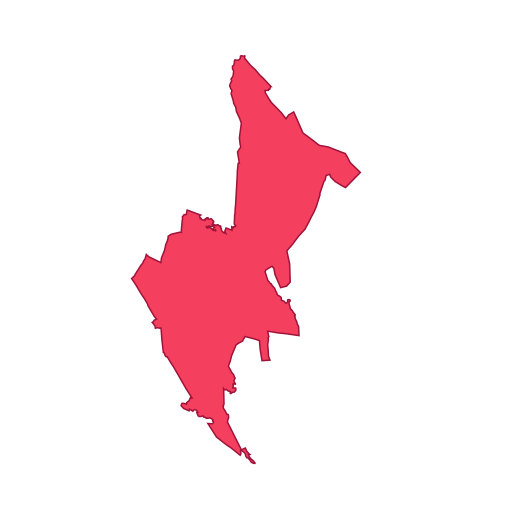 the district of Stoļerovas pag., Rezeknes, Latvia, rotated 66°
{"feature_id": "27541924B84772624476590", "entity_name": "Stoļerovas pag.", "entity_type": "district", "adm_level": 2, "iso_a3": "LVA", "parent_name": "Latvia", "parent_adm1": "Rezeknes", "projection": "equal_earth", "projection_center": [27.572, 56.418], "detail": "fine", "context": "isolated", "style": "filled", "palette": "rose", "viewbox_px": 512, "rotation_deg": 66, "n_neighbors": 0, "source": "geoboundaries", "source_scale": "gbopen_adm2", "svg_char_len": 6106}
<svg xmlns="http://www.w3.org/2000/svg" viewBox="0 0 512 512"><g transform="rotate(66 256 256)"><path d="M222.1,126.7L208.9,132.0L202.1,132.3L201.8,132.3L201.7,132.5L198.7,132.7L195.6,136.0L185.7,145.7L185.7,145.8L184.6,147.3L180.9,152.9L178.0,154.7L174.9,156.2L162.6,163.1L145.1,162.9L139.7,163.0L140.5,168.9L142.8,172.8L135.3,174.6L122.1,179.5L119.7,179.9L119.8,180.0L110.8,181.1L108.5,180.4L109.7,177.2L108.9,176.6L109.2,175.6L107.1,173.6L107.2,173.4L96.5,177.1L92.6,178.8L85.4,180.9L79.7,183.4L71.4,185.7L71.4,185.9L70.0,185.7L69.4,185.1L68.5,184.9L68.4,186.1L67.1,188.0L67.0,188.7L67.2,189.0L69.0,189.9L69.5,190.8L69.8,192.2L69.5,193.7L68.6,194.9L68.3,195.7L68.9,196.3L71.3,197.6L72.4,198.4L72.7,198.8L73.0,200.1L73.2,200.4L75.7,201.4L77.8,201.1L81.5,203.3L82.8,204.4L83.9,206.5L84.6,207.0L86.1,207.0L86.4,207.2L87.7,209.0L89.8,210.9L93.3,211.0L94.5,210.6L95.3,210.9L97.1,212.4L97.9,212.8L104.9,213.6L107.4,214.3L111.9,214.0L115.9,215.1L123.9,215.0L128.7,215.4L141.3,223.1L147.9,225.2L148.7,225.2L149.9,225.6L150.6,226.1L151.0,226.6L151.3,227.5L151.8,228.0L153.4,230.6L164.1,233.4L163.8,233.6L164.1,234.6L170.6,238.4L174.2,240.1L200.3,253.5L205.1,256.2L208.6,257.9L209.8,258.8L218.0,262.9L218.4,262.6L219.2,262.6L219.9,262.2L220.3,262.2L220.5,262.5L220.5,263.1L220.2,264.3L220.5,264.3L220.9,265.2L220.3,265.2L220.2,265.4L220.4,265.6L220.1,265.8L220.0,266.1L219.4,266.3L219.5,266.4L222.7,267.4L218.2,272.0L220.4,274.2L222.8,274.4L221.6,275.0L221.3,275.6L221.9,275.8L221.5,276.2L220.7,276.4L219.6,277.0L218.5,277.0L216.6,276.5L215.2,276.8L214.9,276.6L214.6,276.1L214.3,276.1L213.9,276.6L213.6,277.3L212.0,278.0L211.6,278.8L211.9,279.9L211.8,280.3L211.1,280.6L210.4,281.4L210.2,281.7L211.7,282.5L212.9,282.2L213.0,283.1L214.2,284.1L215.4,283.9L215.6,283.2L215.5,282.4L216.6,282.4L217.2,282.6L215.9,282.7L215.7,283.0L215.7,284.1L215.1,284.7L214.0,285.3L213.0,285.1L212.8,285.6L211.3,286.6L210.9,287.2L210.6,289.2L210.0,289.5L209.0,289.5L208.8,289.3L209.4,288.7L209.4,287.1L209.6,286.5L210.9,284.8L211.1,284.4L211.0,283.7L210.6,283.4L209.7,283.3L209.3,283.1L208.0,281.6L208.3,281.3L207.7,280.8L206.8,280.6L205.8,281.1L204.3,281.5L203.8,281.8L203.5,282.6L203.7,283.4L203.3,284.0L202.7,284.3L201.5,284.3L201.4,284.8L201.2,285.1L201.1,285.5L201.3,285.8L202.0,286.0L201.5,286.6L201.3,287.1L201.7,287.6L202.4,287.7L202.8,288.1L202.8,288.3L201.9,288.8L201.3,290.2L201.0,290.6L198.8,291.0L198.7,291.2L199.3,291.5L199.1,291.8L198.2,291.3L197.3,291.5L196.3,291.3L196.2,291.1L196.1,289.9L186.0,300.2L189.8,302.9L188.9,304.9L189.7,305.6L189.9,306.9L190.5,307.5L191.8,307.7L193.6,309.0L200.8,313.0L202.7,314.0L204.1,314.5L203.5,315.4L203.2,316.2L201.7,324.3L201.7,325.3L202.2,327.9L202.2,328.2L203.8,329.0L205.4,330.3L205.5,330.2L208.9,333.8L213.4,337.1L219.5,343.3L223.3,345.6L213.3,354.1L210.0,355.6L213.5,358.5L215.0,361.0L216.4,362.2L217.6,364.8L223.5,373.7L224.6,374.9L226.0,378.8L233.6,377.5L243.2,376.4L249.6,375.3L255.6,374.6L257.7,374.9L269.9,373.5L273.2,372.5L273.2,375.1L274.3,376.6L274.4,377.8L278.5,376.7L281.1,377.3L281.3,375.4L282.5,373.8L283.2,372.1L294.8,376.2L306.5,379.9L307.3,379.2L309.6,379.5L311.1,379.3L311.7,378.8L311.9,378.1L320.1,377.1L322.5,376.6L333.3,375.4L336.9,375.1L348.5,373.9L360.5,372.1L358.4,373.1L360.9,375.9L361.8,379.1L363.0,379.8L361.2,382.0L360.5,383.4L361.6,384.8L362.3,385.3L365.9,384.1L370.2,380.2L368.9,379.0L372.1,376.9L371.2,374.9L372.4,373.3L373.1,373.0L375.0,372.7L374.8,373.8L378.5,373.9L379.6,373.1L380.3,371.2L380.6,369.3L382.2,369.1L382.8,367.9L384.0,367.5L384.7,365.8L385.0,364.3L387.7,361.9L389.1,362.8L389.7,362.1L390.7,362.5L391.6,364.1L389.4,368.1L405.4,365.7L416.5,359.8L420.7,357.1L423.7,355.5L431.6,351.5L431.1,350.7L430.5,350.2L428.6,349.6L427.7,349.5L427.1,349.1L427.1,348.9L427.8,348.2L431.6,346.3L432.4,346.3L433.2,346.5L435.1,346.7L436.8,346.3L437.0,345.7L437.5,345.2L438.5,345.1L440.1,344.5L441.6,344.4L442.3,344.2L442.9,343.9L444.6,342.4L444.7,341.8L445.0,341.3L444.8,341.1L442.2,341.7L439.0,343.2L437.7,343.6L435.8,343.8L435.2,343.5L434.3,343.6L434.7,342.4L433.8,342.9L430.2,343.9L427.1,343.8L427.1,348.2L396.1,349.6L395.5,349.1L394.8,348.9L392.7,346.8L390.2,345.9L389.3,346.0L388.9,346.5L388.9,346.8L388.1,347.1L385.3,347.1L382.0,347.7L380.7,347.3L380.3,347.4L379.9,347.1L379.8,346.8L379.2,346.6L378.9,346.4L378.9,346.0L377.9,345.3L364.0,339.5L365.0,339.3L365.5,339.0L365.9,338.3L365.8,337.5L366.0,337.2L367.8,336.5L368.9,335.4L369.0,334.8L369.2,334.6L369.6,334.5L370.8,335.4L371.2,335.3L371.4,335.1L371.1,333.0L371.2,332.3L371.5,331.2L370.7,329.3L370.2,329.0L368.6,328.2L368.4,328.3L367.4,330.0L367.2,330.8L366.9,330.9L366.1,330.1L365.0,329.4L363.6,329.3L363.6,329.2L363.8,328.5L364.5,327.3L364.7,327.0L364.6,326.8L363.8,326.8L363.0,327.0L361.0,327.0L359.0,324.7L358.2,325.0L355.5,324.7L351.8,325.7L349.5,325.6L346.7,326.0L345.4,326.0L341.6,322.3L337.2,318.9L329.1,310.3L328.6,307.4L328.2,302.9L325.1,298.7L331.7,290.5L334.7,287.3L343.1,290.2L354.1,293.1L356.8,285.6L354.4,285.5L351.9,285.1L346.8,283.1L342.3,281.6L339.8,280.2L337.4,278.6L335.5,278.1L335.0,277.1L329.5,276.0L330.6,274.1L335.0,267.5L339.5,259.7L346.2,249.1L337.6,245.7L336.1,245.9L334.1,245.9L332.8,245.5L329.4,245.6L328.1,245.4L327.4,245.0L326.2,245.0L326.1,244.4L325.5,244.1L324.9,244.2L322.7,244.9L320.8,245.0L319.1,245.5L318.4,246.1L317.9,246.1L316.2,245.6L312.8,245.2L312.3,245.0L311.9,244.7L310.9,243.0L310.2,242.8L309.5,243.2L309.0,244.2L308.9,244.8L309.2,245.1L310.5,245.6L311.0,246.3L311.5,247.5L311.1,248.0L308.8,248.7L306.8,250.8L305.7,250.3L304.0,249.9L303.0,250.3L300.3,252.2L299.5,252.3L298.4,252.0L296.2,252.2L292.9,252.1L292.0,252.6L290.8,252.7L289.6,253.3L288.9,253.2L288.2,253.5L287.7,253.4L287.2,253.9L283.1,255.1L274.0,254.1L272.7,252.5L271.9,245.5L274.9,244.6L275.6,245.0L280.7,246.2L294.9,246.4L296.0,240.3L293.8,235.4L277.0,228.5L263.8,225.7L260.5,218.5L255.1,208.8L251.5,200.4L247.1,194.7L242.7,189.4L239.5,185.3L235.6,181.0L226.4,172.9L225.6,172.4L225.2,172.5L215.5,163.6L214.9,162.2L211.3,159.4L211.0,159.0L211.4,155.4L214.2,155.7L220.4,153.3L228.0,148.0L227.9,147.9L229.9,146.4L222.1,126.7Z" fill="#f43f5e" stroke="#9f1239" stroke-width="1.5"/></g></svg>